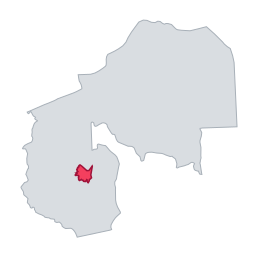 Chilubi, Northern, Zambia shown in context, rotated 178°
{"feature_id": "96606910B6838055437947", "entity_name": "Chilubi", "entity_type": "district", "adm_level": 2, "iso_a3": "ZMB", "parent_name": "Zambia", "parent_adm1": "Northern", "projection": "natural_earth1", "projection_center": [30.483, -11.09], "detail": "fine", "context": "in_parent", "style": "filled", "palette": "rose", "viewbox_px": 256, "rotation_deg": 178, "n_neighbors": 0, "source": "geoboundaries", "source_scale": "gbopen_adm2", "svg_char_len": 5785}
<svg xmlns="http://www.w3.org/2000/svg" viewBox="0 0 256 256"><g transform="rotate(178 128 128)"><path d="M175.9,183.0L163.6,183.0L159.1,184.1L155.4,185.9L151.0,188.6L148.4,190.5L147.7,191.5L147.4,193.8L147.4,197.4L146.9,200.0L145.6,202.3L138.9,205.2L134.6,207.5L130.3,210.3L127.0,213.9L124.8,218.3L121.2,223.7L113.5,233.5L109.0,235.3L105.3,234.9L100.8,232.8L97.2,232.4L94.5,233.7L92.1,233.3L89.8,231.3L87.9,230.5L86.4,231.1L84.4,231.0L80.9,229.9L77.7,226.4L76.1,224.9L74.8,224.4L71.1,223.8L62.6,223.0L53.8,224.8L46.1,226.5L38.1,218.8L30.4,210.6L28.8,208.5L25.9,205.8L23.8,204.4L23.0,203.8L20.9,196.5L19.7,189.8L19.0,125.4L53.8,125.4L56.0,125.1L56.1,124.4L54.5,121.0L54.6,119.8L55.0,117.4L56.5,112.8L56.6,111.2L55.8,106.1L55.9,103.3L56.2,97.6L56.0,95.6L56.8,93.1L57.0,91.4L57.4,90.6L57.0,88.7L56.2,81.9L55.8,79.0L57.9,79.4L58.6,80.8L59.0,82.4L59.9,82.5L62.4,83.4L63.3,84.6L63.9,87.4L63.5,88.8L62.7,89.9L63.5,90.9L65.2,91.5L66.2,91.3L69.0,89.5L71.5,88.8L72.9,88.3L78.6,87.1L79.7,86.4L80.5,86.4L81.1,87.0L80.6,88.9L80.4,90.6L81.2,93.8L81.7,95.4L82.9,96.5L83.8,97.0L84.8,98.2L86.8,98.0L91.2,99.7L92.5,100.4L94.4,101.2L95.7,101.5L100.2,102.0L105.0,103.0L107.5,103.0L109.3,102.8L110.5,102.3L111.3,101.8L111.6,101.4L113.4,95.2L114.3,94.7L115.5,94.4L116.2,95.0L117.0,98.9L120.5,102.4L121.6,105.3L122.5,107.8L123.3,108.5L124.6,109.4L126.7,109.7L128.6,109.8L137.9,114.1L138.9,114.9L140.1,117.1L140.8,119.7L141.5,121.8L142.7,122.2L143.8,122.3L144.9,123.7L145.7,125.0L148.5,130.0L148.8,132.0L150.2,133.4L152.0,134.0L153.7,134.0L154.7,133.4L157.0,132.4L158.9,131.2L160.2,130.8L161.0,131.0L161.7,131.9L162.1,134.4L163.4,135.2L164.4,134.9L164.7,133.9L164.8,133.4L164.7,107.0L163.9,107.1L162.8,107.9L160.3,108.0L159.4,108.5L159.1,109.4L159.3,110.5L159.3,112.0L158.9,112.7L157.9,113.0L156.3,112.4L153.5,111.6L151.1,111.2L149.4,109.2L147.1,106.2L145.6,104.7L141.9,101.6L141.3,100.9L140.2,99.5L139.3,97.0L138.4,94.1L137.9,92.3L138.7,89.5L140.8,80.3L141.3,77.5L143.1,74.6L143.2,72.0L142.5,68.7L142.7,66.8L142.9,56.4L142.4,53.0L141.2,49.4L138.6,44.3L138.6,43.2L142.6,39.8L143.8,38.6L145.9,35.9L147.3,33.6L148.3,31.8L148.6,29.4L147.9,27.1L149.3,26.6L182.6,20.7L183.1,22.3L184.1,24.9L185.2,26.8L186.6,28.5L187.9,29.5L188.7,29.8L193.8,29.7L195.6,30.7L197.2,32.0L197.6,34.0L198.7,35.3L199.8,36.3L200.3,36.4L201.2,36.2L202.5,36.1L203.8,36.6L204.4,37.0L204.5,38.7L204.9,39.4L206.6,39.7L208.4,39.9L210.1,41.0L211.9,41.2L214.1,41.7L215.1,42.9L217.3,44.2L220.1,45.3L223.2,47.1L223.2,47.7L223.7,48.8L224.3,49.6L224.3,50.8L224.6,51.8L225.3,52.1L226.0,52.2L226.6,51.4L227.4,51.4L228.3,51.9L228.6,53.1L229.3,54.8L230.4,55.9L231.2,57.0L230.9,59.0L230.4,60.9L232.0,62.7L234.0,64.4L234.5,65.1L234.7,67.7L235.0,68.5L236.3,70.7L237.0,72.1L236.9,72.9L233.3,77.1L231.0,77.7L230.1,78.6L229.5,79.5L230.9,83.7L231.7,85.2L231.0,87.2L229.6,90.6L228.9,90.9L228.8,93.4L229.2,94.4L229.9,95.1L230.2,96.8L230.2,101.1L229.2,106.0L230.9,110.3L231.4,110.8L233.7,110.8L234.1,111.1L233.5,112.4L231.9,114.2L229.0,115.7L224.9,117.3L224.0,118.8L223.5,121.1L223.9,122.4L224.5,123.2L224.3,125.1L223.9,127.2L224.0,128.8L223.9,130.3L223.3,131.0L222.6,133.1L221.7,135.3L221.0,136.3L219.9,137.3L218.3,138.2L218.3,138.6L220.2,139.7L220.7,140.3L220.8,140.8L220.1,141.9L220.9,142.6L222.0,143.2L222.9,144.6L224.1,147.3L224.3,147.6L224.6,147.7L225.2,147.4L226.3,146.2L227.2,145.8L228.2,147.4L210.9,154.2L206.8,155.6L200.7,157.9L198.8,158.8L197.2,159.7L181.1,165.0L178.6,166.0L172.9,168.7L172.7,169.2L172.8,170.4L173.3,172.9L174.3,175.2L175.1,176.6L175.6,180.0L175.9,183.0Z" fill="#d9dde1" stroke="#a8b0b8" stroke-width="1"/><path d="M165.1,91.3L166.2,89.8L168.5,86.9L170.6,86.8L175.4,91.4L177.1,92.7L177.2,92.8L177.3,92.8L177.5,92.7L177.9,92.5L178.1,92.3L178.2,92.2L178.3,92.1L178.2,92.0L178.3,91.9L178.6,91.5L178.7,91.4L178.8,91.1L178.7,91.0L178.6,90.9L178.8,90.8L178.7,90.7L178.8,90.6L179.2,90.6L179.4,90.5L179.6,90.4L179.7,90.1L179.8,90.0L179.8,89.8L179.9,89.7L179.7,89.5L179.7,89.4L179.8,89.2L180.0,89.2L180.0,88.9L180.3,88.7L180.5,88.5L180.6,88.4L180.7,88.2L180.6,87.9L180.4,87.8L180.4,87.7L180.2,87.7L180.1,87.4L180.2,87.2L180.2,86.9L180.2,86.7L180.0,86.4L179.9,86.3L180.0,86.3L180.1,86.2L180.1,86.3L180.1,86.2L180.3,86.1L180.3,85.9L180.3,86.0L180.4,85.9L180.4,85.7L180.5,85.7L180.4,85.7L180.5,85.6L180.8,85.5L180.8,85.4L180.9,85.2L180.8,84.9L181.0,84.8L181.2,84.7L181.3,84.7L181.2,84.6L181.3,84.6L181.2,84.5L181.3,84.5L181.3,84.4L181.5,84.3L181.5,84.2L181.5,83.9L181.5,83.7L181.4,83.7L181.5,83.6L181.8,83.5L181.9,83.4L182.0,83.3L181.9,83.3L181.9,83.2L182.0,83.2L182.1,82.9L182.1,82.6L182.0,82.4L180.2,82.5L179.9,82.4L179.8,82.2L179.7,82.2L179.6,82.3L179.4,82.3L179.2,82.3L179.1,82.2L179.1,81.9L178.9,81.7L179.0,81.4L178.9,81.2L178.8,80.9L179.1,80.5L179.1,80.4L179.3,80.2L179.2,79.8L179.2,79.7L179.1,79.4L179.1,79.1L179.2,78.8L179.1,78.7L179.1,78.4L179.0,78.2L178.9,77.9L178.8,77.6L178.6,77.4L178.3,77.2L178.1,77.2L177.8,77.4L177.5,77.7L177.3,77.7L177.2,77.7L177.1,77.8L176.8,78.0L176.8,77.9L176.5,77.8L176.2,77.7L176.0,77.8L175.6,77.6L175.3,77.5L175.2,77.4L174.7,77.4L174.6,77.2L174.6,76.8L174.5,76.6L174.4,76.4L174.2,76.2L173.9,76.2L173.6,76.2L173.4,76.2L173.2,76.2L172.8,75.9L172.7,75.9L172.6,76.1L172.4,76.1L172.2,76.2L172.0,76.3L171.9,76.4L171.8,76.5L171.7,76.7L171.7,76.8L171.4,76.9L171.4,77.0L171.2,77.2L171.2,77.3L171.1,77.6L171.1,77.8L170.9,77.7L171.0,77.6L170.9,77.4L170.8,77.2L170.7,77.2L170.7,76.8L170.8,76.7L170.8,76.4L170.7,76.3L170.7,76.2L170.6,75.9L170.4,75.8L170.3,75.7L170.3,75.4L170.3,75.2L170.2,75.1L170.0,74.9L169.9,74.8L169.8,74.7L168.9,75.8L168.8,76.1L168.8,76.3L168.6,76.5L168.5,76.8L168.5,77.0L168.5,77.3L168.5,77.5L168.4,77.7L168.4,77.8L168.3,78.0L168.2,78.1L167.9,78.1L167.5,78.3L166.2,79.5L166.7,81.9L166.8,82.2L166.8,82.5L165.1,90.5L165.0,91.0L165.1,91.3Z" fill="#f43f5e" stroke="#9f1239" stroke-width="1.5"/></g></svg>